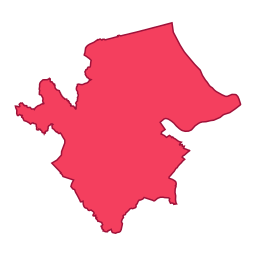 outline of Musi Banyuasin, Sumatera Selatan, Indonesia
{"feature_id": "22746128B84212736337013", "entity_name": "Musi Banyuasin", "entity_type": "district", "adm_level": 2, "iso_a3": "IDN", "parent_name": "Indonesia", "parent_adm1": "Sumatera Selatan", "projection": "orthographic", "projection_center": [103.65, -2.496], "detail": "fine", "context": "isolated", "style": "filled", "palette": "rose", "viewbox_px": 256, "rotation_deg": 0, "n_neighbors": 0, "source": "geoboundaries", "source_scale": "gbopen_adm2", "svg_char_len": 5665}
<svg xmlns="http://www.w3.org/2000/svg" viewBox="0 0 256 256"><path d="M172.0,22.8L136.4,32.1L122.6,35.4L120.7,35.9L119.2,35.3L117.7,35.7L118.0,36.5L105.4,39.8L104.8,39.8L104.4,39.3L102.7,39.3L102.2,39.9L101.7,40.0L100.1,39.0L97.8,40.0L97.6,39.7L93.9,42.3L89.6,44.2L87.6,45.5L86.3,46.8L86.1,47.6L85.6,47.9L84.9,52.9L84.3,54.3L84.3,55.2L85.4,55.7L89.4,58.6L91.2,60.4L90.8,61.9L90.4,66.1L90.0,67.0L89.2,67.2L88.2,67.1L87.5,68.0L87.3,69.0L85.8,69.8L85.6,70.6L84.9,71.8L85.5,73.8L85.3,74.5L87.2,77.5L87.9,77.6L88.5,78.5L89.6,79.2L91.1,79.6L90.4,80.2L89.4,80.5L88.2,82.1L86.7,83.1L85.2,83.4L82.8,84.5L81.2,84.6L78.7,84.1L77.4,84.4L77.3,86.0L76.6,86.9L76.3,88.9L76.6,90.1L77.5,91.3L77.7,92.9L77.6,93.6L78.3,94.5L78.3,95.2L78.0,96.9L77.6,97.1L77.4,97.6L77.7,98.5L77.4,99.4L77.5,100.9L76.6,101.5L76.3,102.4L75.7,103.1L76.5,104.8L76.2,106.2L76.0,106.6L76.2,107.1L75.7,107.6L76.1,108.5L75.8,109.0L75.3,108.7L73.6,106.1L72.3,106.2L71.9,105.9L70.7,105.9L70.6,105.5L71.0,104.8L70.9,104.2L70.5,103.8L69.7,103.4L69.5,103.2L69.3,102.6L69.4,102.1L69.1,101.8L68.5,101.7L68.4,100.7L67.4,100.7L66.9,99.9L66.8,99.2L66.5,99.1L64.7,99.1L64.3,98.3L63.3,97.8L63.0,97.2L62.2,96.6L61.5,95.1L61.1,94.9L60.8,94.4L60.5,93.1L60.0,92.6L59.3,90.7L56.8,89.9L55.2,88.2L54.8,86.0L55.0,85.5L54.6,84.6L54.6,84.2L54.4,84.1L54.1,84.8L52.9,83.0L52.3,82.6L52.1,81.9L51.0,81.6L50.8,81.8L50.4,81.6L50.2,81.0L50.2,78.9L49.5,78.3L49.3,78.4L48.9,79.2L48.4,79.1L47.3,79.7L43.0,79.8L40.7,81.9L40.0,83.0L39.6,84.4L39.6,86.6L39.2,89.1L39.7,90.6L39.4,91.8L39.3,94.3L39.6,94.6L40.9,94.9L41.4,95.3L42.9,98.1L43.0,99.5L42.7,100.2L42.7,100.8L43.1,102.5L43.7,102.9L43.8,103.6L43.4,103.8L42.7,103.6L42.2,104.0L41.7,104.0L40.8,104.5L40.0,105.1L37.9,105.8L35.3,107.8L34.3,109.6L33.5,108.9L31.7,109.1L31.0,108.5L30.5,107.6L30.0,107.3L29.0,107.5L27.4,107.4L26.9,106.7L26.8,105.8L26.4,105.6L25.6,105.8L25.0,105.5L24.5,105.7L24.1,105.5L23.6,104.5L22.8,103.8L22.3,103.0L21.7,103.2L20.6,103.0L19.3,104.2L19.2,104.6L19.8,106.0L19.8,106.4L19.5,106.7L18.3,106.8L17.3,106.3L15.4,106.1L15.7,107.6L16.8,110.2L16.7,113.6L17.3,115.2L17.8,115.6L18.2,115.6L19.6,114.5L20.9,115.3L22.1,115.3L22.3,115.7L21.6,116.2L21.7,117.2L22.8,117.7L22.8,118.2L23.3,118.6L23.4,119.4L24.1,120.6L26.6,121.4L29.2,122.9L30.5,124.1L31.9,123.2L33.0,122.8L33.6,123.4L35.4,123.8L36.0,124.2L36.3,124.8L36.2,125.9L36.7,127.6L36.5,129.1L37.0,129.8L38.2,130.0L38.5,129.8L38.8,129.0L39.3,129.3L40.1,129.2L40.3,129.5L40.4,130.1L41.1,130.3L41.7,131.0L42.2,132.4L42.8,132.7L43.9,132.8L44.2,133.8L44.4,133.4L45.0,133.3L45.4,132.9L45.2,131.8L45.8,131.5L45.9,131.2L47.1,130.9L47.7,130.5L47.6,129.9L48.1,128.6L48.1,126.9L48.8,125.7L49.9,125.3L50.9,124.0L52.1,123.9L52.9,124.4L52.2,125.0L51.9,125.6L52.4,128.4L53.7,129.1L55.7,131.4L56.3,131.9L56.7,131.8L56.9,132.1L57.4,132.1L57.5,132.5L59.0,133.6L60.4,133.0L61.6,134.6L62.6,136.6L64.8,140.1L64.8,143.0L61.6,151.5L61.4,155.1L56.9,160.1L51.8,163.1L60.9,172.6L60.4,173.0L62.1,174.6L63.0,176.5L73.6,180.0L71.8,183.5L70.9,186.5L72.9,189.0L74.6,189.6L75.6,192.3L77.6,195.8L79.7,199.9L80.5,201.8L81.1,201.9L83.0,201.2L83.3,204.6L83.9,206.3L84.6,207.4L85.5,208.0L86.8,208.2L87.1,208.4L88.4,210.3L89.5,210.5L91.0,210.0L93.6,211.9L94.1,213.1L94.0,213.5L93.2,214.4L93.0,215.6L94.1,216.1L95.0,215.5L95.7,215.3L95.9,218.6L96.1,218.7L96.5,218.4L96.4,218.9L97.6,220.4L97.9,221.3L98.7,221.3L101.8,222.5L102.0,223.6L102.7,224.7L101.8,226.0L101.1,226.2L101.2,226.7L102.0,227.4L101.9,228.2L102.1,228.9L103.4,229.7L103.1,230.9L103.8,231.0L104.8,231.5L105.9,231.8L107.4,231.8L107.8,231.5L107.9,230.9L108.3,230.5L109.2,230.4L111.1,229.3L112.0,231.9L112.5,232.5L114.5,233.0L115.8,233.2L116.7,232.6L119.2,232.1L120.3,231.4L121.2,229.6L122.3,224.4L122.4,223.4L121.7,222.5L121.5,221.9L121.6,220.7L121.8,220.6L121.8,220.3L122.7,218.3L123.4,217.8L123.5,217.4L123.0,216.0L123.3,215.5L124.0,215.0L125.1,214.7L125.7,213.8L125.8,213.1L126.1,212.5L126.7,212.3L128.3,210.7L128.8,210.4L129.1,209.7L129.9,208.9L131.3,208.3L132.6,208.7L135.5,207.6L136.1,206.8L136.0,205.7L136.2,204.5L137.1,203.9L138.2,201.2L138.9,200.6L139.1,200.1L140.5,200.0L142.8,199.0L144.1,197.5L152.5,200.2L153.9,200.9L154.7,200.7L157.6,198.3L160.2,197.3L163.0,197.2L164.6,197.6L168.6,197.8L169.7,198.7L169.2,200.1L169.3,200.7L170.4,203.1L170.6,203.3L171.6,203.0L172.2,203.0L174.0,203.7L173.9,204.3L176.6,203.9L176.0,202.8L175.7,201.2L175.5,199.5L175.7,195.8L175.0,192.5L175.2,188.9L176.0,186.4L176.0,185.5L175.6,185.5L176.1,184.7L176.2,183.9L176.0,182.7L175.9,182.1L175.2,181.2L174.4,180.6L172.6,179.5L169.1,178.2L169.0,177.1L171.1,174.9L172.2,173.5L174.1,171.4L176.0,168.3L177.2,167.7L178.0,166.2L179.6,164.4L181.6,162.5L182.3,161.4L184.7,159.3L182.1,157.1L182.6,156.4L183.4,155.5L184.4,155.1L187.4,152.4L189.6,150.7L189.1,150.2L187.8,150.0L186.7,149.4L183.6,148.4L184.3,146.2L182.4,146.5L182.2,144.6L179.7,145.0L179.5,144.4L181.4,142.2L179.7,141.8L177.9,140.9L175.1,138.8L174.2,138.5L172.7,137.0L171.9,137.6L170.8,136.3L169.4,135.4L166.5,137.4L164.4,135.6L161.1,133.9L161.5,133.2L161.5,132.1L165.1,129.5L160.1,122.3L160.5,121.9L164.1,118.9L165.6,118.5L167.0,118.7L168.5,119.2L171.5,121.1L173.9,123.1L176.4,126.0L179.4,128.7L181.4,130.1L182.5,130.6L185.2,131.3L188.6,131.1L191.2,130.0L191.8,129.5L195.1,125.8L198.5,123.4L200.2,122.5L202.3,121.9L206.0,121.7L210.6,120.6L213.7,120.2L220.1,117.4L223.0,115.0L224.1,114.4L229.8,112.6L235.3,108.8L240.2,105.0L240.6,104.3L239.0,99.2L237.8,96.5L236.2,94.8L235.1,94.5L232.0,94.4L227.8,96.2L226.9,96.4L225.4,96.3L222.0,94.8L216.3,91.6L214.5,90.2L212.4,87.9L210.5,86.6L209.5,85.7L207.1,82.1L205.4,80.1L202.4,75.4L200.2,70.1L194.6,64.3L185.8,53.8L184.2,51.8L180.1,45.2L173.3,32.2L172.0,22.8Z" fill="#f43f5e" stroke="#9f1239" stroke-width="1.5"/></svg>